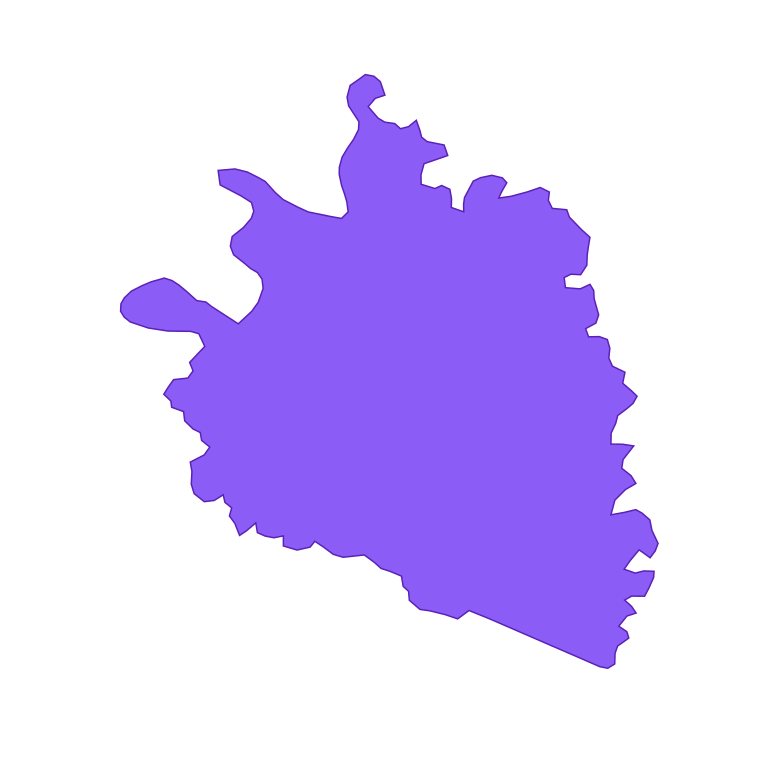 Borrazópolis, Paraná, Brazil (Natural Earth projection), rotated 83°
{"feature_id": "56859067B75650491699958", "entity_name": "Borrazópolis", "entity_type": "district", "adm_level": 2, "iso_a3": "BRA", "parent_name": "Brazil", "parent_adm1": "Paraná", "projection": "natural_earth1", "projection_center": [-51.611, -23.953], "detail": "fine", "context": "isolated", "style": "filled", "palette": "violet", "viewbox_px": 768, "rotation_deg": 83, "n_neighbors": 0, "source": "geoboundaries", "source_scale": "gbopen_adm2", "svg_char_len": 2958}
<svg xmlns="http://www.w3.org/2000/svg" viewBox="0 0 768 768"><g transform="rotate(83 384 384)"><path d="M582.7,135.1L575.6,131.4L562.0,135.9L551.3,136.7L543.5,143.7L539.4,149.4L540.7,160.9L541.5,174.7L527.4,169.0L518.2,157.2L513.4,146.1L505.2,149.9L496.6,158.3L488.1,155.9L475.9,143.7L472.8,154.8L471.3,166.1L460.4,164.5L451.3,158.8L443.8,155.9L438.2,146.2L433.6,139.2L427.0,134.3L420.9,139.2L412.4,147.0L401.7,143.4L394.2,155.1L385.6,157.7L376.1,155.5L367.1,156.9L363.2,164.5L362.1,175.2L353.6,177.1L349.4,166.3L341.6,162.5L325.2,165.0L316.7,164.5L310.2,167.4L313.5,177.6L310.5,192.2L300.3,192.2L297.8,185.1L299.5,175.5L290.8,168.2L280.8,166.6L272.9,164.5L263.5,161.7L254.8,169.2L240.9,179.7L233.3,181.4L230.2,195.6L221.7,198.5L213.6,196.5L208.0,205.0L210.8,218.2L213.2,235.2L213.4,247.5L207.1,243.5L199.2,237.6L193.8,241.4L190.0,251.6L191.0,263.1L193.5,270.7L208.8,281.4L215.2,283.1L222.8,283.9L217.0,295.7L208.4,294.4L198.8,294.9L194.0,302.6L196.2,309.6L190.3,322.8L180.9,321.8L170.2,317.4L165.0,292.9L154.1,295.2L148.7,311.6L143.6,316.6L137.1,317.4L126.2,319.8L131.6,328.4L132.6,336.6L126.8,341.6L124.2,351.3L119.4,357.5L106.8,365.9L99.4,357.8L97.4,347.9L83.5,350.8L77.3,356.5L74.6,364.8L78.9,372.5L83.5,381.2L94.8,385.7L103.7,385.2L120.6,376.9L128.4,378.3L137.5,384.4L145.3,391.4L153.7,397.9L163.4,401.9L170.5,402.9L181.8,401.9L190.7,400.0L198.6,398.7L208.8,398.6L214.5,406.0L211.2,416.7L204.0,438.2L197.9,448.1L188.7,461.6L180.7,468.6L168.5,477.2L163.7,483.7L156.9,493.9L152.4,505.7L151.8,522.6L166.4,522.4L179.7,503.2L187.7,493.4L196.6,492.2L203.4,495.5L211.5,504.4L219.1,516.7L228.5,519.7L237.4,517.5L247.7,507.3L253.1,502.4L258.0,496.0L265.1,492.3L274.4,492.3L287.6,498.9L295.8,506.5L306.5,521.3L296.9,532.8L286.0,545.8L280.9,550.8L278.4,559.7L267.9,568.8L260.7,575.6L255.5,581.8L252.1,589.1L254.2,602.7L257.0,612.4L261.0,623.4L266.8,631.2L272.3,635.3L279.7,636.6L286.0,633.7L291.5,628.3L299.7,611.1L305.1,592.0L308.2,569.4L311.5,561.7L324.8,557.3L338.9,574.3L347.7,571.9L354.2,578.0L354.0,592.3L360.8,598.5L367.3,603.8L375.0,597.6L381.2,597.6L387.0,586.3L396.3,586.3L405.5,578.9L409.8,572.3L417.8,571.9L425.3,564.6L432.5,571.1L437.9,585.8L447.4,585.3L460.0,587.5L469.7,585.8L478.9,576.7L478.9,566.7L474.4,557.1L482.2,556.3L488.3,550.3L496.2,553.5L504.2,549.0L516.7,545.8L512.9,538.3L506.2,528.2L516.1,527.8L520.5,520.4L523.2,511.9L522.5,502.4L532.5,503.6L538.2,490.6L536.9,477.2L531.7,471.8L538.4,464.0L546.9,455.1L551.0,445.7L551.3,424.4L559.8,415.4L566.7,409.4L570.7,400.8L576.8,390.1L587.2,389.6L592.7,384.9L601.8,385.2L612.1,375.8L614.8,365.9L620.4,351.3L626.1,339.5L619.2,327.2L629.4,308.8L690.9,204.2L693.4,196.5L690.0,189.1L679.5,187.5L672.6,184.1L666.0,172.0L659.5,173.1L653.0,180.5L643.9,171.1L642.1,161.7L635.0,165.3L627.8,171.5L624.7,164.1L626.4,151.2L619.2,146.2L609.0,140.0L602.8,138.8L601.2,148.9L602.3,157.7L597.1,168.2L589.3,161.2L579.7,151.0L588.9,141.0L582.7,135.1Z" fill="#8b5cf6" stroke="#5b21b6" stroke-width="1.5"/></g></svg>